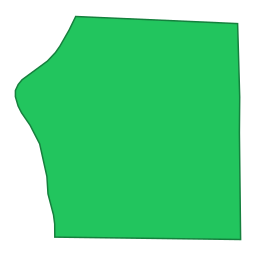 Mason, Michigan, United States of America
{"feature_id": "52423323B31744681172371", "entity_name": "Mason", "entity_type": "district", "adm_level": 2, "iso_a3": "USA", "parent_name": "United States of America", "parent_adm1": "Michigan", "projection": "equal_earth", "projection_center": [-86.383, 43.997], "detail": "fine", "context": "isolated", "style": "filled", "palette": "green", "viewbox_px": 256, "rotation_deg": 0, "n_neighbors": 0, "source": "geoboundaries", "source_scale": "gbopen_adm2", "svg_char_len": 432}
<svg xmlns="http://www.w3.org/2000/svg" viewBox="0 0 256 256"><path d="M240.6,239.5L239.4,132.5L239.7,97.1L237.6,23.6L75.7,16.5L70.5,27.2L69.2,29.9L59.6,46.7L59.3,47.0L55.4,52.6L47.4,61.1L22.1,79.7L18.2,84.5L15.4,90.5L15.4,96.7L18.1,106.0L21.5,112.7L30.2,125.4L31.0,127.0L33.0,130.9L39.7,143.9L39.7,144.0L46.9,176.5L48.0,193.9L53.5,214.9L54.7,224.0L54.8,237.1L240.6,239.5Z" fill="#22c55e" stroke="#15803d" stroke-width="1.5"/></svg>